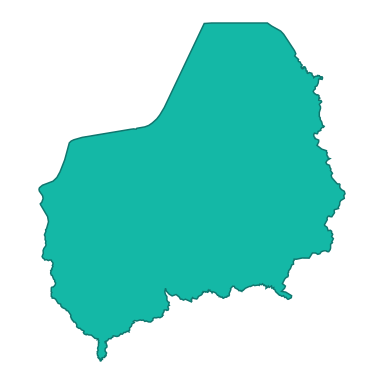 outline of Nyamasheke, Western, Rwanda
{"feature_id": "39286606B22601397790462", "entity_name": "Nyamasheke", "entity_type": "district", "adm_level": 2, "iso_a3": "RWA", "parent_name": "Rwanda", "parent_adm1": "Western", "projection": "albers", "projection_center": [29.106, -2.358], "detail": "fine", "context": "isolated", "style": "filled", "palette": "teal", "viewbox_px": 384, "rotation_deg": 0, "n_neighbors": 0, "source": "geoboundaries", "source_scale": "gbopen_adm2", "svg_char_len": 5948}
<svg xmlns="http://www.w3.org/2000/svg" viewBox="0 0 384 384"><path d="M329.5,165.3L327.0,164.3L325.9,162.5L327.2,160.3L330.0,158.6L328.1,158.0L327.8,156.4L327.1,155.8L326.7,154.0L327.2,152.9L326.4,151.8L326.5,150.7L321.7,149.1L317.0,145.4L318.7,141.9L318.7,140.1L314.9,138.5L314.9,137.5L313.9,136.6L313.7,134.7L314.4,133.2L317.2,133.8L317.8,133.0L318.1,131.5L320.8,130.4L320.5,129.5L321.8,127.8L322.4,127.3L323.4,127.4L324.2,126.3L322.5,125.3L321.7,121.9L320.3,119.7L320.1,117.5L319.3,116.6L319.3,112.3L320.5,108.5L320.5,106.8L319.3,104.5L319.5,103.9L321.6,102.0L321.6,101.5L321.0,100.6L318.7,100.2L318.8,98.8L319.8,98.1L318.9,97.0L319.0,95.7L317.8,94.8L316.7,94.9L314.4,93.4L313.2,91.6L313.7,90.3L315.3,88.9L315.1,86.8L317.0,85.8L318.2,83.0L318.7,79.2L319.2,78.9L322.1,79.4L322.6,77.9L322.2,76.9L321.2,76.8L320.6,77.6L320.6,76.7L319.7,76.6L319.4,75.7L317.7,75.5L317.7,76.0L315.2,76.4L313.8,77.6L313.6,76.5L312.3,75.4L311.8,73.3L309.2,72.5L307.9,73.4L307.1,72.9L307.2,71.1L306.2,70.9L305.8,68.4L304.8,66.8L303.8,66.9L304.1,67.9L303.7,68.2L302.9,67.9L303.1,68.6L302.3,68.8L301.2,67.7L301.1,66.6L301.9,66.0L302.1,65.0L301.2,64.4L300.1,62.0L298.5,61.5L298.1,60.1L298.5,59.4L294.7,56.0L295.8,53.7L294.5,50.7L283.7,34.3L280.7,31.1L271.6,26.0L267.4,23.0L211.9,23.0L204.2,23.5L164.3,107.5L159.8,115.0L156.8,118.9L152.4,122.9L148.8,125.4L144.8,126.9L136.8,128.3L136.1,129.2L133.6,128.9L130.6,129.3L82.1,137.4L73.8,139.8L71.1,141.1L69.3,142.9L64.7,159.9L60.0,171.9L56.9,177.5L53.0,181.2L42.5,185.2L39.5,187.7L39.0,189.2L39.3,191.0L42.6,195.8L43.1,198.5L41.8,202.2L39.9,204.2L40.2,204.1L47.6,216.6L48.5,221.8L46.5,228.8L45.6,229.8L45.9,231.4L44.4,234.9L45.2,236.7L45.1,239.7L45.9,241.2L45.5,243.2L46.0,244.4L45.8,245.8L43.9,248.4L43.1,250.5L43.3,253.5L42.1,256.5L42.8,258.0L43.9,258.6L44.7,260.0L46.6,259.6L48.3,260.6L49.7,260.0L51.4,260.2L51.7,261.3L52.7,262.4L53.1,263.9L52.3,265.6L52.9,266.3L51.5,269.3L51.9,269.7L50.7,270.7L51.0,271.3L50.6,273.1L51.3,275.1L52.2,275.4L53.6,279.1L54.7,280.1L54.7,281.6L55.6,282.9L55.3,284.6L54.5,285.8L53.1,287.1L52.0,287.1L51.3,287.8L51.2,291.6L51.8,292.5L51.3,293.2L51.3,296.4L51.9,296.7L52.2,298.1L54.0,298.2L55.6,299.2L58.2,303.4L60.6,304.1L61.1,306.3L61.8,306.6L62.0,307.4L65.7,309.1L66.4,310.5L67.4,310.6L68.3,311.3L70.9,315.2L70.6,316.9L71.2,317.6L71.4,318.9L72.2,319.4L72.5,320.6L73.3,320.9L73.8,322.0L74.7,322.0L76.0,323.2L76.8,324.9L76.6,326.3L77.0,327.1L78.9,328.3L80.3,328.4L81.4,329.8L83.7,330.8L84.1,331.4L83.4,332.6L84.2,333.9L86.2,334.8L86.9,334.2L88.6,334.9L91.4,335.1L94.9,338.3L97.9,338.8L97.4,339.7L98.2,339.6L98.7,340.3L98.4,342.1L98.9,342.6L98.4,343.9L98.5,345.7L97.6,348.2L98.2,350.5L97.2,351.8L97.6,352.5L97.2,353.2L97.6,355.5L98.2,355.9L98.0,357.4L98.8,357.7L98.6,358.2L99.3,358.6L99.4,359.1L100.1,359.3L100.1,360.7L100.8,361.0L101.4,360.3L101.2,359.1L102.4,359.3L102.2,357.7L104.6,357.4L104.8,356.1L105.5,356.2L106.1,355.6L106.0,354.5L106.6,353.0L105.1,351.1L105.1,349.4L105.3,348.5L106.9,347.1L107.0,345.8L106.5,345.5L106.6,344.5L105.8,342.8L105.2,342.8L105.1,341.8L106.1,341.9L106.1,341.0L107.5,340.7L108.8,338.7L111.0,338.7L111.5,337.6L112.7,337.3L113.2,335.8L117.0,336.5L118.9,335.9L120.9,333.6L121.8,334.2L122.5,334.1L123.8,332.5L125.3,332.5L127.1,331.3L129.0,331.8L128.7,330.8L129.6,330.2L129.6,327.9L131.4,326.2L132.0,323.9L134.3,322.6L133.3,321.5L134.7,320.5L136.8,321.0L140.2,319.9L141.2,320.3L143.4,320.1L144.8,321.4L146.3,321.0L148.5,321.9L150.7,322.0L152.9,320.2L153.0,318.5L154.4,317.6L156.0,317.9L158.4,317.3L160.0,317.7L162.3,316.4L162.4,315.0L163.0,315.0L162.5,314.1L163.9,311.8L164.2,310.1L166.3,309.8L166.8,310.4L168.2,310.0L168.6,308.8L167.8,306.9L168.5,305.6L169.3,305.4L168.7,304.4L169.2,302.4L167.9,301.8L166.9,300.1L166.9,296.6L165.5,294.5L164.8,291.9L165.5,288.2L166.4,291.1L169.1,294.1L172.1,295.9L176.1,294.5L179.3,297.1L180.4,299.1L181.9,299.2L183.4,300.1L185.4,299.2L191.4,301.9L191.8,301.2L191.2,299.4L191.9,299.1L192.5,297.6L193.8,298.5L196.8,299.0L197.9,297.7L198.3,296.5L201.4,294.9L202.2,294.0L202.4,292.7L203.4,292.5L203.2,291.6L205.3,291.7L205.7,292.1L206.2,291.7L207.5,292.3L208.3,291.8L208.0,290.9L208.3,290.2L208.7,290.9L209.8,290.1L210.2,291.3L211.4,291.6L212.1,292.9L212.9,291.7L215.6,292.8L217.6,295.3L218.0,295.2L219.0,296.0L219.2,296.7L220.1,296.5L221.0,297.2L222.3,297.1L222.7,298.0L223.6,298.2L224.7,297.3L226.8,297.1L227.3,296.1L228.8,296.0L229.4,294.9L229.2,293.4L230.8,289.7L230.5,288.7L232.7,286.2L234.3,286.4L234.9,287.8L237.9,289.4L239.0,290.7L240.6,290.5L240.8,291.0L241.4,290.9L241.9,291.4L242.5,290.4L243.1,290.4L245.3,288.3L249.4,286.4L250.5,286.5L253.5,285.0L254.7,285.6L258.3,285.0L259.2,285.4L259.8,284.2L261.4,284.7L262.6,283.8L263.7,285.4L264.5,285.0L265.2,286.0L266.3,286.1L266.0,288.3L267.7,287.2L268.3,286.1L269.2,287.4L271.5,286.0L271.9,288.2L273.7,287.6L273.5,289.0L275.0,289.9L275.6,291.6L279.4,295.2L280.6,295.4L281.9,296.3L283.5,295.7L284.8,297.5L286.1,297.3L287.3,298.9L288.0,299.3L288.7,299.1L291.3,297.7L291.6,295.7L285.7,292.1L281.6,291.4L284.6,288.2L285.4,286.1L282.4,283.6L284.8,278.9L286.3,277.4L287.8,276.8L288.3,275.5L288.0,273.1L288.7,272.1L288.5,271.0L290.4,268.6L291.8,264.9L293.5,264.2L293.3,261.3L294.1,260.3L294.1,259.2L296.5,259.2L302.2,258.0L309.2,258.1L312.4,253.0L315.6,253.0L317.8,254.3L319.9,253.7L321.3,251.7L323.9,250.8L326.1,250.8L327.2,251.6L328.7,251.7L330.1,249.8L330.6,248.1L330.6,244.2L332.3,242.8L332.8,243.1L331.8,241.8L333.4,238.7L331.6,236.5L332.7,234.5L332.4,233.7L331.7,233.3L331.6,231.3L330.5,230.3L328.1,230.6L327.1,227.3L324.7,225.6L324.5,224.7L327.3,219.7L327.0,218.2L328.0,216.4L329.0,215.9L329.8,216.6L331.8,216.8L334.5,212.7L334.1,210.9L334.4,209.7L338.6,208.5L338.2,207.4L339.6,204.9L339.8,202.2L340.8,200.5L344.3,198.4L343.8,195.5L345.0,193.8L344.3,191.3L341.6,189.7L340.1,188.1L339.7,186.6L339.9,184.4L339.3,183.9L337.8,184.0L336.8,183.4L331.7,177.5L331.2,175.2L332.5,173.3L330.5,170.5L330.9,169.0L330.0,167.6L329.5,165.3Z" fill="#14b8a6" stroke="#0f766e" stroke-width="1.5"/></svg>